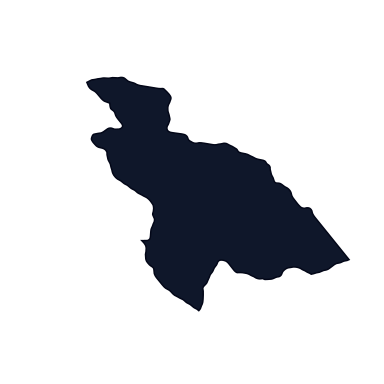 Mella, Independencia, Dominican Republic, rotated 141°
{"feature_id": "3306468B62036034532374", "entity_name": "Mella", "entity_type": "district", "adm_level": 2, "iso_a3": "DOM", "parent_name": "Dominican Republic", "parent_adm1": "Independencia", "projection": "natural_earth1", "projection_center": [-71.428, 18.297], "detail": "fine", "context": "isolated", "style": "filled", "palette": "ink", "viewbox_px": 384, "rotation_deg": 141, "n_neighbors": 0, "source": "geoboundaries", "source_scale": "gbopen_adm2", "svg_char_len": 5580}
<svg xmlns="http://www.w3.org/2000/svg" viewBox="0 0 384 384"><g transform="rotate(141 192 192)"><path d="M188.6,76.8L185.3,74.5L184.3,74.0L183.2,73.6L180.5,72.9L179.5,72.5L178.1,71.7L177.2,71.3L176.1,71.2L175.1,71.3L174.1,71.7L172.3,72.7L171.2,73.1L169.5,73.3L167.8,73.3L166.6,73.1L165.5,72.8L164.5,72.3L162.7,71.2L160.6,70.1L159.7,69.4L158.3,68.1L157.1,66.6L156.4,65.5L155.8,64.4L155.0,62.1L153.7,59.5L152.9,57.2L151.6,54.7L151.1,53.1L148.9,52.0L146.3,51.0L143.5,49.5L139.1,48.2L136.8,47.0L135.7,46.6L134.5,46.3L133.3,46.2L127.0,46.0L125.2,45.7L124.2,45.3L121.8,44.0L120.8,43.6L118.0,42.9L117.0,42.5L114.6,41.2L112.5,40.6L112.4,94.8L112.3,96.9L112.0,98.9L111.6,100.1L110.7,102.0L110.5,103.2L110.5,103.8L110.7,105.0L110.9,105.5L111.5,106.4L112.3,107.1L113.1,107.7L114.6,108.4L115.0,108.7L115.8,109.5L116.4,110.4L116.7,110.9L117.1,112.1L117.3,114.1L117.4,116.2L117.3,121.1L117.2,123.9L117.0,125.2L116.7,126.5L115.5,129.1L115.2,130.2L115.0,131.5L115.1,133.4L115.2,134.0L115.5,135.2L116.6,137.8L117.5,141.4L117.9,142.6L118.4,143.5L119.1,144.3L120.5,145.6L121.1,146.3L121.3,146.7L121.5,147.8L121.3,148.8L120.1,151.9L119.5,154.9L119.1,156.1L116.9,160.6L115.8,162.0L115.5,162.8L115.4,163.3L115.4,164.4L115.9,166.2L116.1,167.1L115.8,169.2L115.8,169.7L116.0,170.3L116.2,170.8L116.8,171.9L120.1,175.9L121.2,177.5L121.8,178.7L122.7,180.9L124.0,183.5L124.7,185.2L125.3,186.4L126.4,188.0L129.3,191.5L130.3,193.1L130.6,194.2L130.6,194.6L130.3,196.8L130.5,197.8L132.0,202.0L133.3,204.6L134.2,206.8L134.7,207.9L135.8,209.2L136.7,209.9L139.1,211.1L141.4,212.5L143.5,213.5L144.4,214.2L145.3,214.9L146.5,216.2L151.9,222.3L154.1,224.6L155.4,225.7L157.4,226.8L158.3,227.4L159.5,228.6L160.1,229.5L160.4,230.1L161.6,233.2L161.8,234.2L161.8,235.2L161.0,237.5L160.9,238.7L161.1,239.9L161.5,241.0L162.2,242.0L163.3,243.4L169.3,249.8L170.9,251.6L171.6,252.6L171.8,253.1L172.1,253.7L172.2,254.3L172.2,254.9L172.2,255.6L172.0,256.2L171.5,257.2L170.8,258.0L169.9,258.7L167.9,259.5L167.0,260.0L164.3,261.7L163.5,262.3L162.9,263.2L161.2,266.6L160.3,268.9L159.8,270.0L158.8,271.4L157.7,272.8L156.8,273.6L155.9,274.3L155.0,274.8L153.0,275.7L149.9,277.6L149.2,278.3L148.9,278.8L148.5,279.9L148.4,281.1L148.3,282.4L148.5,285.7L149.0,289.8L149.3,290.4L149.6,290.8L151.6,292.3L152.9,293.5L154.2,294.9L163.9,305.8L165.2,307.2L166.3,308.7L167.3,310.3L168.0,312.1L168.5,313.1L169.1,314.0L170.8,316.4L171.7,317.9L172.1,319.0L172.7,322.2L173.0,323.3L173.6,324.3L174.3,325.1L175.1,325.8L177.1,326.9L178.0,327.5L181.0,330.2L181.8,330.9L184.8,332.6L185.7,333.3L188.2,335.6L189.5,336.6L191.5,337.7L194.3,339.4L196.3,340.4L198.2,341.5L199.1,342.1L200.5,342.5L204.7,343.4L205.6,340.3L205.9,339.2L206.0,337.9L206.0,336.6L205.6,334.8L204.3,331.6L204.0,330.3L203.8,328.3L203.7,322.0L203.5,320.0L203.2,318.6L202.8,317.5L200.0,312.8L201.2,311.0L202.0,309.6L202.4,308.6L202.6,308.1L202.6,307.1L202.0,304.7L201.9,303.6L202.0,302.5L203.2,299.3L203.5,297.4L203.6,295.3L203.6,290.5L203.6,289.2L203.9,288.0L204.1,287.4L204.4,286.9L204.9,286.6L205.3,286.3L206.4,286.1L207.4,286.2L208.5,286.5L209.4,287.0L212.3,289.2L213.0,290.0L213.8,291.4L214.4,292.3L215.1,293.0L216.0,293.6L216.6,293.9L217.8,294.2L219.0,294.3L222.8,294.5L224.6,294.8L225.7,295.2L228.0,296.6L231.2,298.3L232.1,298.7L233.1,298.7L233.5,298.6L234.4,298.2L235.6,297.5L236.4,296.9L236.8,296.5L237.1,296.0L237.4,294.8L237.6,292.8L237.5,290.0L237.3,287.9L236.9,286.6L236.3,285.4L234.0,282.4L233.4,281.3L233.1,280.7L232.8,279.5L232.7,278.9L232.8,277.8L233.0,276.7L233.2,276.2L234.6,274.4L236.6,270.5L237.0,269.4L237.6,266.3L237.9,265.1L239.4,262.0L240.3,259.7L241.3,257.7L241.7,256.6L242.0,255.3L242.2,254.1L242.2,251.5L242.0,250.2L241.7,248.9L240.4,245.7L240.1,244.5L239.6,242.1L239.3,240.9L238.1,238.2L237.8,237.1L237.2,234.0L236.9,232.8L235.5,229.6L235.2,228.4L234.8,225.9L234.4,224.7L233.0,221.6L232.1,219.3L230.9,216.7L230.5,215.5L230.1,213.4L230.0,211.3L230.1,209.2L230.3,207.1L230.4,206.4L230.9,205.3L231.5,204.3L232.2,203.3L233.8,201.7L234.6,201.0L235.9,200.1L236.6,199.4L237.0,198.5L237.6,196.3L237.9,195.2L238.4,194.2L239.2,193.4L240.0,192.7L240.5,192.4L242.0,191.7L244.3,190.3L246.3,189.3L247.3,188.7L248.6,187.5L252.0,183.9L253.3,182.7L254.3,182.1L254.9,182.0L256.0,182.0L256.5,182.1L257.0,182.3L257.9,182.9L261.6,185.8L261.4,182.9L261.5,181.0L261.7,179.7L262.1,178.6L263.0,177.1L264.2,175.8L265.3,174.6L267.4,172.8L270.0,169.1L270.5,168.0L270.9,166.7L271.0,164.8L270.9,162.2L270.5,160.4L269.9,158.5L269.8,157.5L269.9,156.9L270.3,155.9L272.6,152.4L273.0,151.2L273.3,149.9L273.5,147.9L273.5,145.1L273.5,138.8L273.4,136.1L273.2,134.7L272.9,133.5L271.8,130.8L271.4,129.7L271.2,128.4L270.9,124.6L270.5,122.7L270.0,121.6L269.1,119.5L268.2,117.2L266.7,114.1L266.4,112.9L266.0,110.4L265.7,109.2L264.3,106.0L264.0,104.8L263.4,101.7L263.1,100.6L261.9,97.9L261.4,95.5L259.8,95.8L258.7,96.2L256.4,97.6L254.4,98.6L252.9,99.7L251.1,101.5L248.1,104.9L245.7,107.9L244.3,110.3L243.9,110.6L243.5,110.9L243.0,111.1L242.0,111.4L239.3,111.7L237.6,112.1L236.7,112.6L234.8,113.6L232.8,114.6L230.0,116.2L228.9,116.5L226.7,117.0L225.6,117.4L222.7,118.9L221.7,119.2L218.9,119.9L218.0,120.3L216.2,121.3L215.7,121.5L214.6,121.7L214.0,121.6L213.5,121.5L212.9,121.3L212.4,120.9L211.5,120.2L210.6,119.2L209.9,118.2L209.2,117.1L209.0,116.5L208.6,115.1L208.5,113.1L208.6,106.1L208.6,104.1L208.4,102.9L208.1,101.7L207.8,101.2L207.5,100.8L205.4,99.2L203.6,97.6L201.9,95.7L200.7,94.3L200.0,93.2L199.4,92.1L198.5,89.8L197.2,87.3L196.4,85.0L195.8,84.0L195.2,83.1L194.4,82.2L193.5,81.5L191.4,80.1L191.0,79.1L190.5,78.3L189.8,77.7L188.6,76.8Z" fill="#0f172a" stroke="#020617" stroke-width="1.5"/></g></svg>